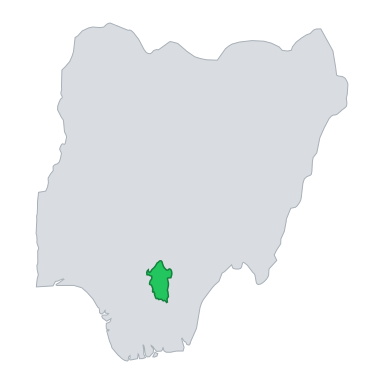 Nigeria, with Enugu highlighted
{"feature_id": "NGA-2862", "entity_name": "Enugu", "entity_type": "State", "adm_level": 1, "iso_a3": "NGA", "parent_name": "Nigeria", "parent_adm1": "", "projection": "equal_earth", "projection_center": [7.353, 6.518], "detail": "fine", "context": "in_parent", "style": "filled", "palette": "green", "viewbox_px": 384, "rotation_deg": 0, "n_neighbors": 0, "source": "natural_earth", "source_scale": "10m", "svg_char_len": 4821}
<svg xmlns="http://www.w3.org/2000/svg" viewBox="0 0 384 384"><path d="M320.8,28.9L332.9,50.8L335.6,67.1L336.6,75.1L338.6,76.1L342.3,76.5L345.0,78.1L346.7,80.8L347.7,83.3L347.9,84.8L347.2,94.5L346.3,98.1L346.9,102.9L346.7,105.0L346.3,106.4L344.7,108.0L342.5,109.6L337.1,114.3L335.6,114.9L333.3,115.1L331.3,116.2L329.0,118.8L324.1,128.1L319.9,137.6L316.8,152.8L313.1,157.6L312.4,161.8L311.9,171.3L311.3,174.2L310.7,175.0L306.6,176.8L304.3,179.0L302.9,183.4L301.2,198.0L300.6,200.5L299.2,203.0L297.2,205.8L295.4,207.3L290.7,208.3L286.3,219.4L286.2,221.3L284.3,231.4L280.9,238.9L280.7,243.8L276.4,250.5L274.2,255.0L276.5,259.8L276.7,260.5L269.3,268.6L268.9,269.8L268.6,275.3L268.0,276.8L266.7,278.9L264.7,281.1L262.7,282.8L260.4,284.1L258.2,284.5L256.9,283.8L256.2,282.1L255.0,275.3L254.4,273.9L252.9,272.5L247.2,265.0L243.8,262.4L243.0,262.6L242.5,263.3L241.5,267.1L240.5,268.5L238.7,269.0L235.6,269.0L233.3,268.5L232.7,267.7L231.6,264.8L224.6,271.6L222.1,273.1L219.0,281.2L214.5,285.2L211.5,288.7L203.3,299.7L201.6,302.9L200.0,307.7L196.5,328.4L190.8,341.3L190.0,344.0L189.7,343.9L189.0,345.1L186.8,344.4L185.8,342.0L184.4,341.6L182.1,338.1L181.6,338.6L184.1,347.5L183.1,351.0L176.2,351.1L170.2,352.3L166.1,352.2L164.0,350.9L163.1,347.6L162.7,347.9L162.5,349.7L161.2,351.1L156.6,351.4L154.6,349.1L152.9,346.6L151.2,345.4L151.4,346.5L153.5,349.0L153.2,352.6L149.5,356.7L147.1,356.9L145.7,355.2L144.9,352.2L144.5,347.9L143.6,345.1L143.0,345.1L143.7,349.8L143.7,354.2L145.5,357.6L142.7,358.6L139.5,358.7L139.1,357.5L138.7,354.7L138.1,353.9L137.4,358.7L130.7,360.0L129.8,359.8L129.6,358.9L130.1,357.6L130.0,355.5L128.5,357.1L128.2,360.4L127.4,361.0L124.9,360.5L122.1,358.8L117.6,354.6L112.0,347.9L111.1,344.8L109.5,341.1L106.7,330.8L107.2,330.3L108.5,330.9L109.1,329.9L106.8,329.2L106.3,328.5L106.2,326.2L106.3,323.4L109.8,322.0L110.6,320.3L111.0,318.6L106.7,321.2L102.7,318.2L101.8,316.5L102.3,315.1L107.0,315.0L108.6,313.7L107.6,313.3L105.8,313.3L105.2,312.4L105.2,310.3L104.6,310.8L103.9,312.7L101.1,314.0L99.6,312.7L99.4,309.6L99.1,308.2L97.7,307.1L93.0,299.1L87.0,292.3L81.7,287.7L73.7,285.4L56.9,285.5L56.0,284.9L57.0,283.8L58.5,283.1L63.9,279.3L63.0,278.8L57.4,281.2L55.5,281.4L53.0,285.9L36.4,286.9L36.5,284.9L37.2,278.9L38.3,274.8L37.2,269.8L36.9,265.3L37.6,263.9L37.8,262.2L37.7,250.7L38.6,249.0L38.6,247.8L36.9,242.9L37.0,239.1L36.7,235.4L36.1,233.8L36.8,219.7L36.6,216.2L37.2,213.7L37.5,207.7L37.5,201.7L38.6,192.3L45.7,191.1L47.4,187.4L48.4,182.8L48.1,178.1L50.4,174.1L53.2,170.6L53.1,166.6L53.9,165.4L55.2,164.5L57.1,164.0L59.2,162.1L60.4,158.7L61.5,153.2L59.7,149.4L59.8,148.5L60.5,146.5L61.6,144.5L62.5,143.8L64.5,144.3L65.2,143.5L66.5,137.5L66.4,135.8L64.5,131.8L63.5,120.9L63.0,119.5L61.5,117.5L57.6,109.8L57.7,106.1L59.4,101.5L60.5,99.2L62.0,98.0L62.3,96.9L61.8,95.6L61.1,94.6L60.9,92.5L61.7,89.6L61.5,86.4L61.9,70.0L65.2,66.8L69.8,61.4L72.2,55.8L73.5,51.6L75.1,37.5L77.6,36.0L82.3,30.9L88.6,27.9L92.7,27.0L99.9,27.6L103.6,27.1L106.7,24.3L108.1,23.5L110.1,23.0L128.1,30.3L129.7,30.0L131.1,30.5L133.3,32.4L138.6,39.2L144.2,49.8L145.9,52.0L147.6,53.3L149.4,53.7L150.7,53.5L152.0,52.5L153.7,50.5L156.4,49.6L158.5,49.8L169.7,41.7L170.8,41.6L177.7,43.4L187.1,51.5L194.8,56.8L200.2,58.5L206.5,59.8L217.3,60.2L225.4,48.8L228.4,46.3L232.0,44.1L239.6,42.0L252.1,40.6L263.9,41.2L271.2,43.1L279.0,46.8L282.3,50.4L287.6,51.0L291.3,50.3L292.5,46.8L296.2,42.1L301.8,37.8L306.4,34.9L310.2,33.5L313.5,30.1L316.2,29.0L320.8,28.9ZM157.0,356.0L154.5,357.1L152.8,356.8L155.1,352.1L156.3,353.1L157.8,353.5L157.0,356.0Z" fill="#d9dde1" stroke="#a8b0b8" stroke-width="1"/><path d="M162.1,262.0L162.4,263.4L163.4,266.2L164.1,267.4L165.0,268.5L166.0,269.5L167.0,270.2L168.0,270.0L168.8,269.2L169.7,268.9L170.8,269.6L171.5,271.0L171.8,272.7L171.8,274.4L170.9,277.7L169.1,277.9L168.2,277.8L167.4,278.5L168.4,283.1L168.4,285.6L167.3,290.3L167.8,291.2L167.8,291.7L168.1,293.2L168.1,294.2L168.3,295.4L168.4,296.4L167.9,297.5L167.2,298.4L167.1,300.2L167.4,302.0L166.6,302.5L165.7,301.4L165.1,300.8L164.5,300.4L163.2,300.9L161.4,299.2L160.2,299.3L158.9,299.5L158.9,299.4L158.7,299.3L158.4,299.2L158.3,298.8L157.8,298.4L157.6,298.4L156.9,298.7L156.1,298.5L155.5,297.6L155.3,296.5L154.8,295.6L154.5,294.5L154.7,293.3L154.0,292.7L153.9,291.8L153.5,291.5L153.1,291.9L152.7,292.0L152.5,291.6L152.6,291.1L152.7,290.5L152.6,289.8L152.8,289.7L153.0,289.4L152.9,289.0L152.8,288.7L151.9,286.2L151.4,285.2L151.0,284.9L150.1,284.7L149.7,284.4L149.5,283.5L150.2,280.9L151.7,278.8L151.8,276.4L151.0,275.9L150.1,275.7L148.6,274.8L147.2,274.9L146.9,274.7L146.9,273.5L146.7,272.5L147.4,270.7L148.3,269.9L148.3,270.2L148.3,270.5L148.5,271.0L149.0,272.1L149.7,272.5L150.9,271.3L151.9,269.6L154.1,267.6L155.4,266.0L156.9,263.4L157.3,262.8L158.2,262.4L159.0,261.5L160.0,260.8L161.2,260.9L162.1,262.0Z" fill="#22c55e" stroke="#15803d" stroke-width="1.5"/></svg>